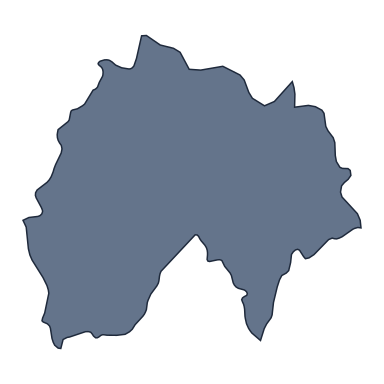 the border of Cantal
{"feature_id": "FRA-5276", "entity_name": "Cantal", "entity_type": "Metropolitan department", "adm_level": 1, "iso_a3": "FRA", "parent_name": "France", "parent_adm1": "", "projection": "mercator", "projection_center": [2.647, 45.051], "detail": "fine", "context": "isolated", "style": "filled", "palette": "slate", "viewbox_px": 384, "rotation_deg": 0, "n_neighbors": 0, "source": "natural_earth", "source_scale": "10m", "svg_char_len": 2828}
<svg xmlns="http://www.w3.org/2000/svg" viewBox="0 0 384 384"><path d="M292.3,81.6L294.0,87.7L294.9,94.1L294.6,107.2L308.4,105.4L315.4,106.7L321.9,110.2L324.0,113.3L325.8,126.4L328.0,130.8L333.2,137.7L334.8,142.6L335.3,155.6L336.4,161.6L339.9,167.3L342.4,168.4L348.0,168.6L350.2,170.4L350.9,175.4L348.2,179.3L344.4,182.5L341.6,185.8L340.5,192.1L342.0,197.0L357.4,213.7L360.2,220.3L361.0,227.9L357.8,227.5L354.6,228.4L352.7,229.3L342.2,236.7L339.2,238.1L336.6,238.9L334.3,238.7L332.2,238.1L328.6,239.6L314.0,254.6L309.0,257.9L305.4,258.7L303.6,256.6L299.5,250.2L297.7,249.3L295.5,249.9L293.3,251.8L291.5,254.4L290.6,262.6L288.7,270.6L286.2,273.1L281.8,275.5L279.5,279.9L277.2,287.0L273.5,302.4L272.1,314.9L271.1,317.8L266.6,324.0L264.2,328.7L260.5,340.5L251.8,333.0L250.1,330.7L248.6,328.4L246.5,323.7L245.4,318.8L245.0,316.4L244.6,309.1L244.2,306.6L243.6,304.3L242.5,301.9L241.7,299.7L242.5,297.9L244.3,296.6L246.7,295.4L247.3,293.7L246.7,292.0L245.3,290.6L244.1,289.9L238.3,288.3L236.1,287.0L234.4,285.1L233.2,282.8L231.4,275.5L230.1,273.0L224.7,266.4L221.9,260.6L220.7,260.0L219.4,259.7L217.2,259.9L209.6,261.5L207.9,261.1L207.1,259.5L207.5,254.9L207.5,252.6L207.2,250.2L206.4,247.7L204.9,245.2L201.3,241.0L199.8,238.8L198.6,236.4L197.2,235.0L195.2,234.8L161.0,271.3L160.0,273.8L159.5,276.1L158.9,280.9L158.3,283.2L156.8,286.0L150.8,294.1L148.0,300.4L147.3,302.6L146.4,309.6L145.5,311.9L144.4,314.1L142.9,316.2L135.1,324.7L132.3,329.2L129.5,331.8L125.1,334.3L116.8,335.3L107.1,335.2L104.2,334.8L102.7,334.7L101.0,335.3L98.8,337.0L97.2,337.8L95.6,337.8L93.5,336.0L92.3,334.1L90.7,332.2L88.3,331.6L85.4,331.7L69.6,337.0L67.2,337.4L63.1,339.5L60.8,348.5L58.1,348.1L54.7,345.2L53.2,342.2L52.0,338.4L50.4,328.2L49.5,325.9L47.4,323.8L43.2,322.0L42.0,320.8L42.6,318.1L44.7,313.0L48.8,293.3L48.3,289.9L47.0,285.6L43.0,277.5L32.1,260.1L29.9,255.0L28.4,248.8L26.2,227.1L23.0,220.3L28.9,217.5L38.1,216.4L40.2,215.5L41.8,213.9L42.4,212.2L42.6,211.3L42.5,210.6L42.1,209.3L41.3,207.4L36.2,197.9L35.4,195.4L35.6,192.7L37.2,189.9L47.1,182.3L49.3,179.8L51.2,176.7L53.1,172.0L54.1,168.5L55.6,164.6L61.2,153.0L62.0,148.9L61.3,145.4L59.6,143.0L58.2,140.4L57.4,137.7L57.2,134.6L57.6,132.1L58.1,129.6L68.0,121.7L69.2,120.0L70.7,112.2L71.3,110.8L72.5,110.0L77.4,108.8L82.6,105.7L84.6,104.1L93.1,90.1L95.1,89.3L96.4,88.3L97.5,87.1L99.3,82.3L102.5,76.4L102.9,75.0L103.0,73.5L103.1,72.1L102.9,70.6L102.6,69.3L102.1,68.2L101.4,67.3L100.6,66.4L99.6,65.7L98.7,64.8L98.1,63.8L98.6,62.5L100.1,61.2L104.4,59.9L106.8,59.8L108.8,60.1L109.9,60.6L112.0,61.9L115.6,65.1L121.7,67.8L129.1,69.0L130.7,68.7L132.2,67.9L133.9,66.0L136.5,58.4L141.6,35.8L146.4,35.5L160.2,45.0L173.5,48.3L180.1,52.3L189.2,69.3L200.7,70.1L222.8,66.3L240.0,75.0L244.2,80.0L248.8,92.4L252.4,98.3L264.5,105.8L274.4,101.5L292.3,81.6Z" fill="#64748b" stroke="#1e293b" stroke-width="1.5"/></svg>